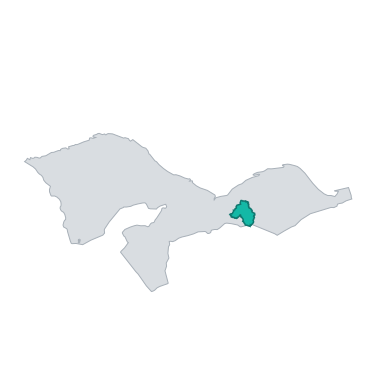 location of Machaze, Manica, Mozambique, rotated 253°
{"feature_id": "85939544B88211826741163", "entity_name": "Machaze", "entity_type": "district", "adm_level": 2, "iso_a3": "MOZ", "parent_name": "Mozambique", "parent_adm1": "Manica", "projection": "natural_earth1", "projection_center": [33.202, -20.936], "detail": "fine", "context": "in_parent", "style": "filled", "palette": "teal", "viewbox_px": 384, "rotation_deg": 253, "n_neighbors": 0, "source": "geoboundaries", "source_scale": "gbopen_adm2", "svg_char_len": 7134}
<svg xmlns="http://www.w3.org/2000/svg" viewBox="0 0 384 384"><g transform="rotate(253 192 192)"><path d="M125.7,260.8L127.9,258.9L142.4,241.1L143.3,240.4L142.2,237.4L144.1,234.0L144.3,228.6L144.9,227.7L147.1,226.0L150.2,220.4L152.1,216.1L152.3,214.1L149.6,208.3L148.7,205.2L149.6,202.4L149.8,199.9L149.5,199.1L147.8,198.0L147.5,196.9L147.5,195.6L147.8,194.8L149.9,193.6L150.4,193.0L152.1,186.2L151.5,181.1L151.5,175.2L151.9,169.2L151.7,165.7L150.4,161.8L150.2,159.0L151.2,157.0L151.4,155.8L148.1,155.2L146.5,153.5L140.3,151.0L135.6,150.6L131.6,146.6L128.5,146.0L124.5,143.1L112.0,142.6L111.5,142.3L111.1,133.6L110.6,130.7L109.0,127.6L108.6,125.5L108.7,124.1L115.6,120.9L129.2,116.5L132.2,115.0L155.3,106.1L156.0,106.7L158.3,111.2L162.2,116.3L163.1,115.6L168.7,114.8L169.5,114.1L171.2,113.7L173.1,113.4L173.8,113.7L175.8,116.9L176.5,122.8L176.6,126.9L176.4,129.7L174.7,133.1L173.5,137.3L171.7,139.5L171.7,140.6L173.7,143.1L174.2,144.2L174.0,146.4L174.4,147.2L176.1,148.6L177.4,150.6L182.5,156.7L183.7,157.8L184.7,158.1L185.3,159.2L185.0,160.6L184.2,161.4L184.5,162.6L185.4,163.5L187.8,163.3L188.0,162.9L187.9,157.6L187.1,154.5L186.1,153.0L188.1,147.2L189.1,145.6L192.9,145.0L194.6,144.5L195.4,143.8L195.9,141.9L196.4,136.8L196.6,132.0L196.2,129.2L196.8,124.9L197.6,122.3L197.2,121.8L196.9,118.2L187.5,104.0L182.2,97.6L181.3,97.0L178.3,96.4L176.8,94.1L175.5,81.3L173.6,72.1L176.7,66.0L177.7,62.1L178.3,61.5L181.0,61.3L190.3,61.4L192.6,61.7L193.6,61.4L196.1,59.0L198.1,59.0L200.8,60.6L202.2,61.9L202.5,63.0L204.3,63.7L207.6,63.8L210.1,63.3L211.6,61.9L213.2,61.2L214.9,61.1L216.2,61.6L217.0,62.6L218.7,63.3L221.1,63.7L223.8,63.1L226.7,61.3L228.3,59.5L229.2,56.5L229.8,56.1L233.8,55.8L236.0,56.4L238.8,58.3L243.6,54.9L246.6,53.7L249.5,53.7L251.9,52.9L253.8,51.3L255.7,50.3L259.7,49.1L262.5,47.4L270.0,40.8L270.8,42.7L272.3,44.4L270.3,46.4L272.1,47.6L270.8,49.4L270.6,50.6L271.2,51.9L270.4,54.0L269.2,55.6L268.9,56.8L269.9,58.9L269.4,62.8L270.9,69.1L270.4,71.3L270.7,76.3L270.1,78.1L271.1,78.7L271.6,80.8L271.1,84.2L269.4,85.7L269.3,87.1L271.3,87.2L271.3,91.6L271.0,92.9L271.5,94.3L270.9,96.0L271.6,103.0L271.6,108.1L271.7,108.9L273.5,109.8L273.4,111.2L272.2,113.0L272.3,115.8L273.6,113.6L274.4,113.6L275.0,114.5L275.0,117.6L275.4,119.1L275.2,120.4L273.1,123.0L273.0,125.5L272.2,125.8L271.8,126.4L272.3,127.8L272.3,129.1L270.8,133.0L263.6,142.3L263.5,143.9L261.6,146.8L259.7,147.3L258.6,148.1L259.4,150.7L249.9,157.3L249.0,158.2L247.4,160.6L244.3,161.9L240.9,162.0L240.4,162.6L232.7,165.6L231.2,167.0L227.9,168.4L222.8,171.6L218.6,174.8L213.8,179.4L213.1,181.9L210.9,185.2L207.5,189.1L205.5,192.3L205.3,193.7L204.1,194.2L203.1,192.8L202.7,195.4L201.9,195.6L201.0,195.1L196.7,197.9L193.5,201.0L189.1,207.1L182.5,213.0L181.1,213.1L179.0,211.1L177.9,210.9L179.5,213.1L179.4,218.1L178.6,223.9L178.7,225.2L183.0,231.3L185.1,238.5L185.3,242.2L187.4,246.9L188.3,254.0L188.1,260.7L189.1,261.7L189.5,260.8L189.7,256.6L190.3,255.5L190.9,255.6L191.4,257.9L191.6,260.3L190.8,265.5L191.0,267.6L192.1,271.1L190.8,275.2L188.8,286.6L189.3,287.3L190.2,287.5L190.6,286.3L191.2,286.3L191.5,287.0L190.7,291.5L189.9,293.4L187.0,298.2L185.5,300.3L182.9,302.3L177.0,305.5L165.1,310.0L157.6,313.6L151.6,317.8L149.0,320.7L148.0,323.9L145.9,327.3L147.7,330.2L149.9,332.2L151.0,328.9L151.5,328.8L150.5,343.0L142.3,343.2L140.0,342.7L138.6,342.8L138.5,336.9L137.5,332.4L137.9,329.3L137.8,327.6L136.1,326.5L135.6,323.1L136.6,320.4L136.6,298.8L133.7,288.3L129.7,280.7L129.5,277.0L127.7,268.6L125.7,260.8ZM178.7,71.2L179.7,70.7L179.8,69.6L179.2,69.1L178.6,69.2L178.4,70.9L178.7,71.2ZM178.0,69.3L177.2,68.5L176.7,68.7L176.5,69.4L177.1,70.3L177.7,70.3L178.0,69.3Z" fill="#d9dde1" stroke="#a8b0b8" stroke-width="1"/><path d="M159.5,221.8L159.3,221.9L159.2,221.7L158.9,222.1L158.7,222.2L158.6,222.3L158.3,222.2L158.3,222.3L158.2,222.6L157.9,222.7L157.7,222.7L157.4,222.5L157.3,222.4L157.2,222.4L157.1,222.6L156.7,222.3L156.4,222.6L156.3,222.8L156.1,223.0L156.2,223.3L156.3,223.3L156.2,223.6L156.1,223.8L155.8,223.9L155.7,223.9L155.7,224.0L155.6,224.3L155.4,224.6L155.3,224.8L155.1,224.8L155.0,225.3L154.8,225.4L154.8,225.6L154.5,225.8L154.4,225.8L154.3,225.7L154.2,226.0L154.0,226.5L154.0,226.8L153.7,227.0L153.8,227.3L154.0,227.4L153.9,227.5L154.0,227.6L154.1,227.8L154.1,228.0L154.3,228.1L154.2,228.3L154.3,228.5L154.4,228.4L154.5,228.5L154.5,228.8L154.6,229.0L154.6,229.3L154.7,229.5L154.9,229.8L155.0,230.0L155.2,230.3L155.3,230.4L155.3,230.6L155.5,230.7L155.4,230.8L155.5,230.9L155.4,231.0L155.5,231.1L155.6,231.3L155.8,231.4L155.8,231.7L155.6,231.7L155.4,231.7L155.2,231.7L154.8,231.5L154.7,231.5L154.3,231.5L154.2,231.6L153.8,231.5L153.5,232.1L153.2,232.0L152.1,232.6L150.9,232.9L150.7,232.8L150.2,232.8L149.8,232.7L149.7,232.5L149.3,232.3L149.3,232.0L149.2,231.9L148.9,232.1L148.8,232.3L148.7,232.4L148.6,232.6L147.1,232.8L146.0,233.3L145.3,233.3L144.8,233.3L144.1,234.9L142.8,236.7L142.8,236.8L142.6,236.9L142.6,237.1L142.4,237.4L142.3,237.5L142.5,237.6L142.7,237.8L142.8,238.0L142.7,237.9L142.8,237.9L142.8,238.0L143.1,238.1L142.9,238.2L142.8,238.3L142.8,238.5L143.0,238.8L143.1,239.1L143.3,239.2L143.3,239.3L143.4,239.5L144.4,241.2L144.5,241.2L144.6,241.3L144.7,241.5L144.8,241.7L145.0,241.8L145.2,242.0L145.3,242.1L145.6,242.2L145.8,242.2L146.3,242.2L146.5,242.2L146.8,242.1L146.9,242.3L147.1,242.4L147.3,242.4L147.5,242.5L147.8,242.7L147.8,242.8L147.7,242.8L147.8,243.0L148.1,243.1L148.3,243.1L148.7,243.4L148.8,243.6L148.9,243.8L149.0,243.7L149.1,243.8L149.2,244.0L149.4,244.1L149.5,244.2L149.8,244.2L150.0,244.1L150.3,244.2L150.5,243.9L150.8,243.8L151.0,244.0L151.3,244.1L151.5,244.3L151.6,244.6L151.6,244.8L151.5,245.0L151.6,245.3L151.8,245.3L152.0,245.5L152.3,245.5L152.5,245.5L152.8,245.6L153.1,245.6L153.3,245.6L153.3,245.4L153.5,245.2L153.9,244.9L154.1,244.6L154.3,244.5L154.4,244.4L154.5,244.3L154.7,244.2L154.8,244.1L155.1,243.9L155.2,243.7L155.5,243.6L155.8,243.6L156.0,243.6L156.2,243.8L156.4,244.0L156.5,244.0L157.0,244.1L157.3,243.7L157.6,243.5L157.8,243.6L158.0,243.6L158.3,243.6L158.6,243.4L158.9,243.2L159.0,243.2L159.3,243.1L159.4,242.8L159.4,242.7L159.5,242.5L159.7,242.4L159.8,242.2L160.1,241.9L160.3,241.9L160.6,241.8L160.8,242.0L161.1,241.9L161.2,242.1L161.4,242.1L161.6,242.1L161.8,242.0L162.1,242.1L162.3,241.9L162.5,242.0L162.8,242.3L163.0,242.4L163.2,242.5L163.3,242.5L163.7,242.7L163.9,242.5L164.1,242.5L164.2,242.4L164.1,242.2L164.3,242.1L164.5,242.0L164.8,242.0L165.1,242.1L165.4,242.4L165.5,242.4L165.5,242.5L165.9,242.4L166.0,242.4L166.3,242.2L166.3,242.3L166.4,242.2L166.5,242.2L166.6,241.9L166.7,241.7L166.8,241.5L166.8,241.4L166.8,241.1L166.7,241.1L166.7,240.9L166.8,240.9L166.9,240.7L167.0,240.7L167.3,240.6L167.8,240.7L167.9,239.6L168.0,239.3L168.1,239.1L168.3,238.9L168.3,238.7L168.4,237.9L169.3,237.2L169.5,236.3L167.6,234.9L166.1,234.9L166.2,232.4L166.2,231.1L165.9,230.9L165.8,230.7L165.5,230.4L165.4,230.1L165.2,230.0L164.8,230.1L164.7,230.0L164.6,229.9L164.3,229.9L163.8,229.7L163.7,229.7L163.4,228.3L163.1,228.2L162.9,228.0L162.7,227.9L162.4,227.7L162.3,227.4L162.4,226.7L162.5,226.3L161.6,226.3L159.5,224.1L159.8,222.9L159.5,222.2L159.6,221.9L159.5,221.8Z" fill="#14b8a6" stroke="#0f766e" stroke-width="1.5"/></g></svg>